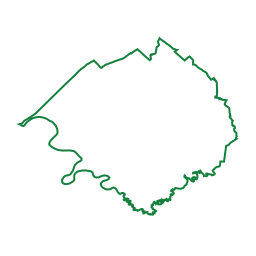 Nautla, Veracruz, Mexico, rotated 267°
{"feature_id": "50627088B42356912123760", "entity_name": "Nautla", "entity_type": "district", "adm_level": 2, "iso_a3": "MEX", "parent_name": "Mexico", "parent_adm1": "Veracruz", "projection": "natural_earth1", "projection_center": [-96.821, 20.123], "detail": "fine", "context": "isolated", "style": "outline", "palette": "green", "viewbox_px": 256, "rotation_deg": 267, "n_neighbors": 0, "source": "geoboundaries", "source_scale": "gbopen_adm2", "svg_char_len": 5733}
<svg xmlns="http://www.w3.org/2000/svg" viewBox="0 0 256 256"><g transform="rotate(267 128 128)"><path d="M153.0,221.2L153.8,216.7L154.9,216.9L154.8,218.3L159.6,218.9L159.6,218.7L162.5,219.0L168.9,219.0L170.2,218.1L171.0,217.3L171.0,217.8L173.4,216.3L171.8,213.6L175.9,210.5L178.5,209.5L179.7,208.5L181.0,206.1L182.4,204.8L183.3,203.1L184.6,201.3L187.3,198.9L188.0,197.3L188.0,196.3L192.3,196.6L196.2,193.3L195.3,191.6L192.4,188.2L201.6,178.7L203.4,181.0L203.5,180.3L204.4,178.4L204.6,177.5L208.1,173.8L210.6,170.6L211.6,169.6L214.3,165.9L215.9,164.2L214.9,163.9L214.0,163.1L212.9,162.5L211.9,162.5L209.9,163.3L209.2,163.2L208.2,162.4L207.5,161.1L207.0,160.7L202.1,159.8L200.9,159.1L200.7,158.7L200.5,157.8L200.5,156.9L199.7,155.6L199.8,154.9L200.2,154.8L200.1,154.5L199.1,154.2L198.3,154.4L197.3,154.3L196.0,154.7L195.2,154.1L194.6,153.3L197.7,149.9L206.2,141.6L205.0,139.8L205.1,139.4L202.2,135.0L202.7,134.5L197.8,127.2L195.6,119.3L192.2,108.6L191.3,107.5L191.0,106.6L189.5,104.8L189.7,104.3L189.7,103.8L192.6,101.6L197.2,97.4L196.4,96.2L195.9,94.7L194.1,91.5L193.6,90.0L192.0,88.5L189.8,84.9L187.6,82.1L183.5,77.7L174.7,67.4L147.5,36.7L144.0,31.2L140.7,24.9L138.0,22.4L137.5,19.8L136.8,21.3L135.7,22.3L135.4,23.8L136.0,24.6L139.2,27.4L141.7,31.2L142.8,33.4L143.4,36.2L143.7,38.5L143.7,40.4L142.7,44.4L141.6,47.0L140.6,48.5L139.3,50.1L138.3,52.3L137.6,53.2L134.3,55.9L130.8,57.2L129.4,57.4L127.5,57.4L126.1,57.1L124.7,55.9L121.8,52.5L118.8,49.5L116.9,48.6L115.4,48.5L113.7,50.2L111.9,52.7L110.4,55.5L109.6,57.7L108.9,61.3L108.7,68.2L107.8,72.5L107.3,73.4L106.0,74.9L103.2,77.0L100.0,80.0L99.0,80.0L98.2,79.6L97.5,78.6L96.0,75.4L94.0,73.2L92.1,72.2L88.5,70.9L84.9,68.2L83.9,66.0L83.8,64.1L83.4,62.7L82.5,61.5L80.2,59.7L79.1,59.3L77.1,59.6L76.1,60.4L75.4,61.8L75.2,63.6L75.3,64.8L75.7,66.8L77.5,70.3L79.0,71.7L82.2,71.7L84.3,72.1L85.9,73.4L86.8,74.7L87.3,76.1L87.9,79.9L87.9,82.6L87.7,84.4L87.0,86.8L86.9,88.3L85.5,90.3L83.5,90.5L81.6,91.4L81.1,91.8L80.4,93.2L80.1,95.7L81.6,99.8L81.9,102.1L81.3,104.8L80.2,106.2L79.5,106.8L78.3,106.3L77.6,105.2L77.1,103.9L76.6,101.6L76.0,99.9L74.1,98.0L72.9,97.9L71.6,98.3L69.8,99.7L68.5,101.7L67.9,103.0L68.0,103.1L67.7,103.9L67.8,107.4L68.3,107.9L69.1,109.5L69.2,110.5L68.9,111.5L68.2,112.5L67.5,113.1L64.2,114.6L62.4,116.6L62.9,117.4L63.4,118.6L63.4,119.8L62.5,121.1L62.2,121.3L61.3,121.1L61.0,120.3L60.0,119.9L58.0,121.2L56.9,120.0L56.6,119.9L56.0,120.5L56.0,121.0L57.4,122.3L57.6,123.6L57.3,124.2L55.6,123.1L54.7,122.8L54.1,123.9L54.1,124.3L54.4,124.6L55.1,124.5L55.6,125.4L55.0,126.7L53.8,126.4L52.5,124.8L51.9,124.6L51.4,125.0L51.3,126.1L51.6,126.2L52.2,125.6L52.7,125.9L52.6,126.3L51.7,127.2L51.2,128.6L50.3,129.0L49.8,128.0L49.0,128.2L48.6,128.4L48.2,130.0L47.8,130.5L47.3,130.5L46.7,129.5L46.2,129.2L45.7,129.5L45.6,130.7L45.8,132.2L45.7,132.6L45.2,132.8L44.8,133.4L46.2,136.5L46.4,137.5L46.3,138.2L45.8,138.5L45.4,137.8L44.2,138.2L43.9,138.8L44.1,139.7L43.9,140.1L43.4,140.2L42.8,138.8L41.9,138.9L41.9,139.7L42.2,140.2L42.9,141.0L42.9,142.1L43.1,142.7L43.1,143.0L42.0,142.9L41.1,143.7L40.6,144.6L40.6,145.0L41.0,145.4L41.0,145.7L40.6,145.8L40.3,146.3L40.4,147.0L40.1,148.2L40.3,148.5L40.9,148.6L42.0,148.2L42.6,148.6L42.6,149.1L42.2,149.1L41.6,150.1L43.4,150.5L43.5,150.7L43.4,151.4L43.7,151.7L45.5,149.3L45.6,148.5L46.5,148.5L47.7,147.3L49.0,147.5L48.7,147.7L49.5,148.9L50.7,149.0L52.8,150.1L52.9,150.5L52.1,151.2L50.6,151.6L51.5,152.6L52.0,152.5L52.2,153.1L51.8,152.8L51.7,153.1L52.2,153.3L52.6,154.2L53.1,154.2L53.6,153.8L53.8,154.5L52.5,154.7L51.8,154.3L51.2,153.5L50.8,153.5L50.2,153.9L50.0,156.5L50.3,157.3L51.4,157.7L53.0,156.5L53.8,156.3L54.0,155.8L54.2,156.1L54.0,156.5L53.2,156.9L54.2,156.8L55.0,157.8L54.7,158.1L54.3,157.4L52.9,157.9L53.1,158.7L51.6,158.9L51.9,159.3L52.6,159.4L52.9,159.9L53.4,160.1L53.8,160.0L54.2,159.4L54.3,159.5L54.4,160.1L54.1,160.2L54.0,160.9L54.9,162.3L53.7,162.3L52.8,163.6L52.8,164.0L54.6,164.2L54.7,164.8L54.5,165.3L53.8,165.9L53.7,166.3L54.0,166.6L54.6,166.4L56.2,166.7L56.9,166.5L57.5,166.7L58.4,167.6L59.4,167.2L59.7,167.6L59.5,168.3L59.0,168.6L58.9,169.0L59.4,169.6L60.5,170.3L61.6,169.4L62.5,169.4L62.5,167.8L62.9,167.7L63.9,168.3L64.0,169.2L64.5,169.4L64.6,169.6L64.1,170.8L64.2,171.3L65.6,172.1L64.6,176.5L64.6,177.8L65.1,179.4L65.0,179.7L65.8,180.6L67.3,181.6L67.9,182.4L68.0,182.9L68.8,183.6L69.6,183.7L71.2,184.6L72.9,184.7L75.1,183.2L75.7,182.0L76.0,181.8L77.0,181.8L77.7,182.1L77.4,182.5L76.5,182.7L75.7,183.5L75.1,184.6L74.5,186.5L73.9,186.9L73.1,187.8L71.9,188.6L71.1,190.3L71.2,191.0L71.9,191.2L72.5,191.1L73.9,189.7L74.6,189.5L75.1,189.7L75.4,190.7L75.4,192.0L75.1,192.5L73.9,192.4L73.5,192.7L73.2,193.4L73.3,193.9L74.2,194.5L76.9,194.9L78.7,194.3L79.2,193.9L79.4,192.7L79.3,190.6L80.0,190.7L80.4,192.3L80.5,194.0L79.8,196.4L79.4,196.8L79.4,197.6L79.7,197.8L80.2,197.7L80.7,196.6L81.2,196.6L81.7,198.0L80.0,198.9L77.5,201.1L76.0,201.4L75.8,203.1L76.0,204.4L76.2,204.6L76.6,204.8L77.3,204.8L78.0,203.7L78.5,204.0L78.5,204.4L77.6,206.5L77.2,208.8L76.4,209.3L76.5,210.6L76.9,211.5L77.7,212.3L78.8,211.8L80.4,210.5L80.9,210.3L81.7,210.8L82.6,212.2L83.1,212.4L84.4,214.4L84.8,216.9L85.0,217.5L86.3,218.0L89.7,218.5L89.4,222.1L105.1,225.1L105.7,227.6L107.6,229.1L111.5,235.9L111.8,235.4L112.6,235.3L114.0,236.2L115.0,235.9L117.4,236.0L118.1,235.4L118.6,234.6L119.9,233.9L121.6,233.9L122.4,234.8L124.0,234.6L124.5,233.9L124.4,233.2L125.3,232.3L125.9,232.6L127.4,232.2L129.1,232.4L129.5,232.9L129.9,233.1L130.3,232.4L132.9,230.9L132.9,230.5L133.2,230.3L134.0,230.1L134.3,230.1L134.7,230.9L136.0,230.5L136.9,230.7L137.6,230.3L141.9,230.2L143.2,229.6L145.3,226.6L146.5,225.9L147.1,225.9L148.9,226.7L150.6,227.8L151.0,226.6L151.1,223.8L151.4,223.4L152.1,223.0L151.9,220.9L153.0,221.2Z" fill="none" stroke="#15803d" stroke-width="2"/></g></svg>